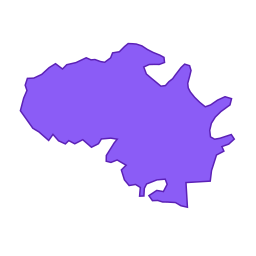 Ametista do Sul, Rio Grande do Sul, Brazil (orthographic projection), rotated 175°
{"feature_id": "56859067B61027900204882", "entity_name": "Ametista do Sul", "entity_type": "district", "adm_level": 2, "iso_a3": "BRA", "parent_name": "Brazil", "parent_adm1": "Rio Grande do Sul", "projection": "orthographic", "projection_center": [-53.201, -27.36], "detail": "fine", "context": "isolated", "style": "filled", "palette": "violet", "viewbox_px": 256, "rotation_deg": 175, "n_neighbors": 0, "source": "geoboundaries", "source_scale": "gbopen_adm2", "svg_char_len": 1503}
<svg xmlns="http://www.w3.org/2000/svg" viewBox="0 0 256 256"><g transform="rotate(175 128 128)"><path d="M110.0,53.5L104.6,53.2L100.0,51.3L95.1,50.8L87.2,49.6L82.0,45.9L75.7,43.9L75.0,68.6L50.7,67.9L48.5,78.3L42.2,93.4L34.5,96.6L36.1,101.3L29.0,103.2L23.1,107.7L25.7,112.5L37.2,109.8L42.7,109.3L46.6,112.0L46.8,118.6L44.5,125.5L40.1,131.3L34.0,136.3L28.4,139.7L24.4,142.1L22.3,148.2L28.6,150.7L36.3,148.0L43.7,143.8L49.2,142.4L54.2,147.2L59.0,152.8L62.8,158.5L64.5,162.7L64.6,167.3L62.0,174.4L60.2,179.8L61.2,184.7L66.0,186.7L69.9,183.6L76.3,176.6L79.2,173.2L83.1,170.7L87.0,167.0L91.6,166.8L95.1,170.3L100.1,175.2L105.0,180.2L107.0,187.4L101.4,189.4L96.4,189.1L91.3,188.6L85.9,190.1L86.0,195.2L89.9,197.8L96.4,201.1L101.8,204.5L107.0,208.6L112.4,210.9L116.4,211.6L120.5,212.1L124.4,209.4L130.0,204.7L136.8,204.2L139.2,199.4L145.5,195.5L149.6,196.6L155.0,199.1L158.9,199.1L163.5,201.6L174.1,197.7L183.5,196.4L188.1,192.5L194.6,198.4L201.3,195.0L209.3,188.9L217.6,185.9L223.9,186.2L226.7,179.6L225.4,174.2L229.3,166.9L233.7,154.6L222.8,136.0L217.1,131.9L208.1,122.5L203.3,128.2L198.3,121.3L191.8,117.6L188.1,120.6L182.4,116.9L174.1,120.3L166.1,112.0L158.8,114.9L155.5,119.4L146.1,119.4L139.7,117.8L143.0,114.4L152.0,102.5L152.6,96.8L148.0,95.2L141.6,97.1L133.1,91.1L138.3,86.8L136.1,76.7L131.9,70.6L125.4,71.1L120.9,67.7L122.4,59.1L118.1,58.9L117.0,66.4L114.4,70.6L103.7,73.8L95.4,73.8L93.9,68.5L98.3,61.6L104.8,63.3L113.1,58.8L110.0,53.5Z" fill="#8b5cf6" stroke="#5b21b6" stroke-width="1.5"/></g></svg>